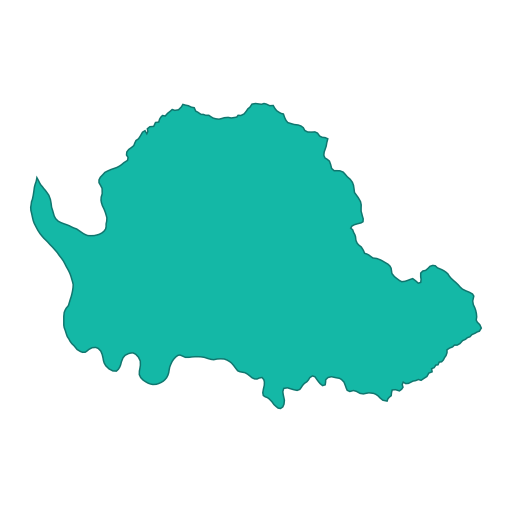 Felixlândia, Minas Gerais, Brazil (Albers equal-area conic projection)
{"feature_id": "56859067B66190002912803", "entity_name": "Felixlândia", "entity_type": "district", "adm_level": 2, "iso_a3": "BRA", "parent_name": "Brazil", "parent_adm1": "Minas Gerais", "projection": "albers", "projection_center": [-44.964, -18.693], "detail": "fine", "context": "isolated", "style": "filled", "palette": "teal", "viewbox_px": 512, "rotation_deg": 0, "n_neighbors": 0, "source": "geoboundaries", "source_scale": "gbopen_adm2", "svg_char_len": 6035}
<svg xmlns="http://www.w3.org/2000/svg" viewBox="0 0 512 512"><path d="M327.8,138.8L325.1,137.6L322.1,137.3L319.6,136.0L317.5,133.1L314.9,131.9L311.6,132.1L307.7,132.0L304.8,130.5L303.3,127.7L301.0,126.0L298.2,125.0L294.1,124.5L287.8,122.6L286.0,120.4L284.7,117.7L283.4,114.0L281.0,113.4L278.9,112.2L276.7,110.7L274.8,108.3L273.2,105.5L269.7,105.7L266.4,104.1L264.0,103.5L261.5,104.3L255.5,103.5L252.0,104.1L250.0,107.1L247.9,108.8L246.2,111.3L244.1,113.9L240.9,115.5L238.1,115.3L236.7,117.1L234.4,117.5L231.3,118.0L228.2,117.4L224.4,117.7L221.7,118.5L219.0,119.2L215.9,118.8L213.2,118.1L211.0,116.8L208.8,115.3L205.6,115.3L203.3,114.4L201.0,114.4L197.8,112.2L195.7,111.1L194.2,107.7L191.4,107.2L188.3,105.7L185.3,105.1L182.9,104.4L181.4,106.9L178.5,109.8L174.8,110.4L172.2,109.5L170.3,111.2L167.6,113.3L165.2,116.0L162.5,115.5L160.8,117.2L159.6,119.2L158.7,122.1L155.5,122.5L153.7,126.4L149.9,126.7L147.3,128.8L147.9,131.5L146.8,133.8L145.0,130.7L142.5,132.2L140.3,136.1L138.5,138.8L136.0,140.5L134.8,143.0L133.8,145.6L131.6,147.4L128.7,149.5L126.8,152.0L126.5,155.0L128.1,157.5L127.5,160.4L124.0,162.6L121.5,164.7L119.6,166.0L116.8,167.5L111.0,169.5L107.6,171.0L104.9,172.4L102.8,174.7L100.3,177.3L99.0,179.9L99.0,182.7L100.5,185.3L102.1,188.4L102.2,193.8L101.2,197.1L101.0,200.2L101.4,202.5L102.4,205.7L104.1,209.2L105.3,212.3L106.2,215.3L106.9,217.8L106.7,221.2L106.1,223.9L106.1,226.7L105.6,229.0L104.0,231.2L101.8,233.0L99.2,234.3L96.8,235.0L94.2,235.6L90.5,235.7L87.8,235.6L85.5,234.7L83.2,233.5L76.7,229.0L73.4,227.8L71.3,226.8L69.2,225.7L66.9,224.8L64.0,223.8L60.9,222.6L58.2,221.2L55.6,218.6L54.2,216.0L53.4,213.2L52.6,210.4L51.6,207.3L51.1,203.4L50.4,199.5L48.8,195.2L46.7,192.2L45.3,190.3L43.7,188.5L42.4,186.7L40.8,184.9L39.6,182.9L38.6,180.8L36.9,177.7L36.2,181.3L35.1,184.5L34.4,187.2L33.9,191.0L33.2,195.5L32.4,199.3L31.5,201.8L31.2,204.3L30.7,207.3L30.9,210.5L31.6,213.3L32.7,218.4L33.3,220.8L34.3,223.5L35.9,226.6L37.8,230.2L40.0,233.6L42.0,236.1L43.9,238.3L45.8,240.1L47.6,241.9L50.1,244.7L52.5,247.1L57.3,252.6L59.2,255.4L61.5,258.3L63.4,261.0L64.9,263.8L66.3,266.6L67.8,269.2L69.0,271.5L70.0,273.7L70.9,276.2L72.6,282.0L73.2,284.6L73.0,287.8L72.5,291.1L71.9,293.9L71.2,296.6L70.3,299.3L69.5,302.0L68.4,305.6L66.2,308.2L65.1,310.2L64.2,312.5L63.8,316.4L63.8,325.1L64.2,327.6L65.3,330.6L66.4,334.1L67.3,336.6L68.9,339.0L70.1,341.3L71.8,343.6L74.1,345.8L77.1,349.5L80.4,351.5L82.5,352.3L85.3,352.2L87.0,351.0L88.9,349.4L92.1,347.7L95.7,347.4L98.2,348.4L100.8,351.1L102.2,354.5L103.0,357.9L103.5,360.7L104.2,363.0L105.8,365.8L109.0,368.9L112.8,370.9L116.4,371.1L118.4,369.2L119.7,367.1L120.6,364.9L121.4,361.8L123.0,357.8L125.1,355.3L128.5,353.6L130.9,353.0L133.1,352.9L135.8,354.3L138.4,357.1L140.3,361.0L140.4,365.2L140.0,367.9L139.4,371.0L139.3,374.6L140.7,377.6L143.0,380.0L145.7,381.8L148.2,383.2L150.5,384.0L152.9,384.5L156.2,384.3L158.5,383.6L161.0,382.5L163.2,381.2L164.9,379.7L166.6,377.7L167.9,375.2L168.7,372.7L169.1,370.2L169.7,367.1L170.7,364.5L172.1,361.5L173.6,359.3L175.7,357.0L177.9,355.4L180.0,355.0L182.4,356.0L185.3,357.3L189.1,357.3L192.1,356.9L195.2,356.7L197.8,356.7L200.7,356.8L204.2,357.3L208.2,358.6L211.2,359.4L213.7,359.7L217.0,359.0L220.5,358.8L224.3,359.0L227.1,360.1L229.7,361.6L231.5,363.0L233.5,365.3L235.8,368.4L237.7,370.8L239.8,371.7L245.0,372.7L247.5,374.1L249.8,375.9L252.1,377.8L254.6,378.9L257.1,379.0L259.2,378.0L262.0,377.5L263.8,379.6L264.4,381.9L264.3,385.2L263.4,389.1L262.8,392.7L263.3,395.5L265.2,396.8L267.4,397.6L269.3,399.0L271.9,401.7L274.0,404.6L276.1,406.5L278.1,408.1L280.5,408.5L282.8,406.9L284.0,404.1L284.4,400.3L283.8,397.3L283.2,394.5L282.8,391.6L283.7,388.4L287.5,387.8L290.0,388.6L293.4,389.6L297.1,390.4L299.8,389.4L301.3,387.4L302.5,385.5L304.4,383.4L306.9,381.7L308.5,379.8L309.8,377.6L312.5,375.9L315.0,376.8L316.8,379.4L318.5,381.7L320.2,383.7L322.6,385.6L325.2,384.8L325.6,382.1L325.7,379.7L328.0,377.5L331.4,376.7L336.0,377.7L339.5,378.3L341.5,379.5L344.0,382.1L345.4,385.7L346.2,388.0L347.2,390.3L349.8,391.5L353.4,390.5L356.3,391.3L360.1,393.4L363.4,393.9L366.2,393.3L368.9,392.8L371.5,393.1L373.7,393.4L375.8,394.3L378.0,395.8L380.1,398.0L382.8,400.2L387.1,401.1L387.9,398.8L389.4,397.1L391.2,395.7L391.5,392.7L392.2,389.9L395.6,389.7L399.4,390.9L401.6,389.3L403.0,387.2L402.2,384.6L403.2,382.1L405.7,383.6L408.4,383.4L410.4,382.4L413.0,381.1L415.7,380.6L418.4,379.5L421.1,380.3L423.9,378.4L426.9,376.5L428.8,373.1L432.1,371.8L431.6,368.7L434.2,367.6L435.8,365.1L438.0,364.8L439.2,362.1L441.6,361.8L443.4,359.9L444.5,357.7L446.0,355.6L447.0,352.7L447.0,349.8L449.5,348.1L452.6,346.9L454.4,345.1L457.2,345.1L459.9,343.6L462.6,340.6L465.5,339.3L467.5,337.6L469.9,336.8L471.9,334.6L474.9,333.3L477.3,331.9L479.4,331.2L481.3,328.1L479.8,324.7L477.3,322.2L476.2,320.1L476.7,316.9L476.4,313.6L475.7,310.4L474.8,307.8L473.3,304.6L472.7,301.0L473.8,296.1L472.5,294.0L469.5,292.3L465.8,290.8L462.4,289.1L460.1,287.0L458.1,284.7L455.7,282.4L453.7,280.7L451.0,278.2L449.1,275.9L447.9,273.9L446.1,272.3L444.1,270.9L441.9,269.7L439.8,268.8L437.4,267.8L435.3,265.8L432.8,265.4L430.0,266.3L428.0,268.4L425.6,270.4L422.8,271.0L420.7,273.1L420.7,276.9L421.1,279.5L420.7,282.4L418.3,283.2L415.6,280.8L412.7,278.6L410.0,279.5L407.7,280.4L405.0,281.3L401.8,281.7L399.6,280.6L396.9,278.6L394.4,276.6L391.9,273.5L391.1,268.2L389.9,266.0L388.0,264.2L384.9,262.4L382.9,261.2L380.7,260.0L376.8,258.5L372.9,258.0L370.8,256.5L368.8,255.0L366.8,254.0L364.6,253.3L363.4,250.4L361.3,247.0L358.6,244.9L357.1,243.1L355.9,240.3L355.5,236.7L354.8,234.6L353.7,232.6L352.6,229.7L350.7,228.2L352.0,226.0L354.4,224.7L357.4,223.8L361.0,222.9L363.0,221.7L363.2,218.9L362.4,216.1L361.8,213.7L361.1,211.2L361.1,207.9L361.2,204.9L360.5,201.6L358.4,197.9L356.4,195.1L354.5,192.5L354.1,189.4L353.5,185.3L352.4,182.3L350.2,179.3L347.2,176.7L345.3,174.4L343.2,172.1L339.9,170.8L337.3,170.7L334.1,170.7L331.6,168.4L330.6,164.4L329.4,161.1L327.3,159.4L324.9,157.9L323.8,155.2L324.2,151.9L325.3,148.8L326.2,146.1L326.8,142.6L327.8,138.8Z" fill="#14b8a6" stroke="#0f766e" stroke-width="1.5"/></svg>